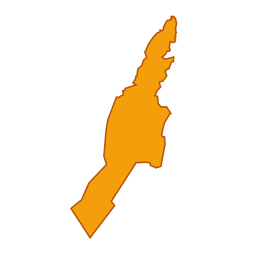 Peshku, Bukhoro, Uzbekistan, rotated 252°
{"feature_id": "79887680B78868749126062", "entity_name": "Peshku", "entity_type": "district", "adm_level": 2, "iso_a3": "UZB", "parent_name": "Uzbekistan", "parent_adm1": "Bukhoro", "projection": "mercator", "projection_center": [63.754, 40.677], "detail": "fine", "context": "isolated", "style": "filled", "palette": "amber", "viewbox_px": 256, "rotation_deg": 252, "n_neighbors": 0, "source": "geoboundaries", "source_scale": "gbopen_adm2", "svg_char_len": 1374}
<svg xmlns="http://www.w3.org/2000/svg" viewBox="0 0 256 256"><g transform="rotate(252 128 128)"><path d="M181.4,193.4L181.9,184.5L185.1,182.5L186.5,186.4L189.1,189.3L188.2,190.9L189.1,192.3L191.2,191.9L197.2,194.8L195.5,197.0L195.3,198.5L196.0,199.9L197.6,200.6L199.0,199.9L199.6,200.3L199.9,201.7L202.5,202.1L203.7,203.4L206.8,203.6L209.8,205.0L212.9,206.7L215.1,206.5L216.2,207.1L218.3,206.7L219.9,206.0L220.7,204.2L220.3,203.3L218.8,204.0L218.8,202.4L217.6,201.7L218.2,199.0L217.9,198.1L217.0,196.9L213.9,193.8L211.4,192.3L210.2,191.4L210.1,190.2L211.2,188.8L209.6,188.4L209.3,185.0L206.0,179.2L201.5,173.5L195.5,168.3L195.3,167.5L189.4,167.6L187.6,163.5L183.3,160.7L181.2,155.7L176.4,153.3L175.2,153.1L174.9,151.6L172.2,150.2L169.4,146.6L166.6,149.1L166.5,137.6L164.9,136.6L165.0,134.5L161.1,133.9L160.6,130.6L159.8,128.6L161.0,126.6L142.1,111.4L133.6,106.9L108.8,96.4L99.9,96.3L87.8,73.9L74.1,61.7L69.1,48.9L35.3,58.0L58.3,91.3L63.4,89.4L92.5,125.0L90.0,134.1L87.9,138.3L85.6,137.7L81.4,142.5L81.4,147.4L101.3,158.3L108.2,160.0L109.2,158.0L111.3,157.9L121.3,163.9L128.0,171.4L128.6,173.3L136.4,171.1L136.7,169.2L137.5,168.1L137.3,166.2L141.9,164.2L148.9,165.9L150.4,163.7L154.6,167.4L157.0,171.7L161.9,171.8L162.0,176.1L165.6,181.0L169.3,180.8L171.5,181.7L171.7,185.2L177.0,189.5L177.2,191.8L181.4,193.4Z" fill="#f59e0b" stroke="#b45309" stroke-width="1.5"/></g></svg>